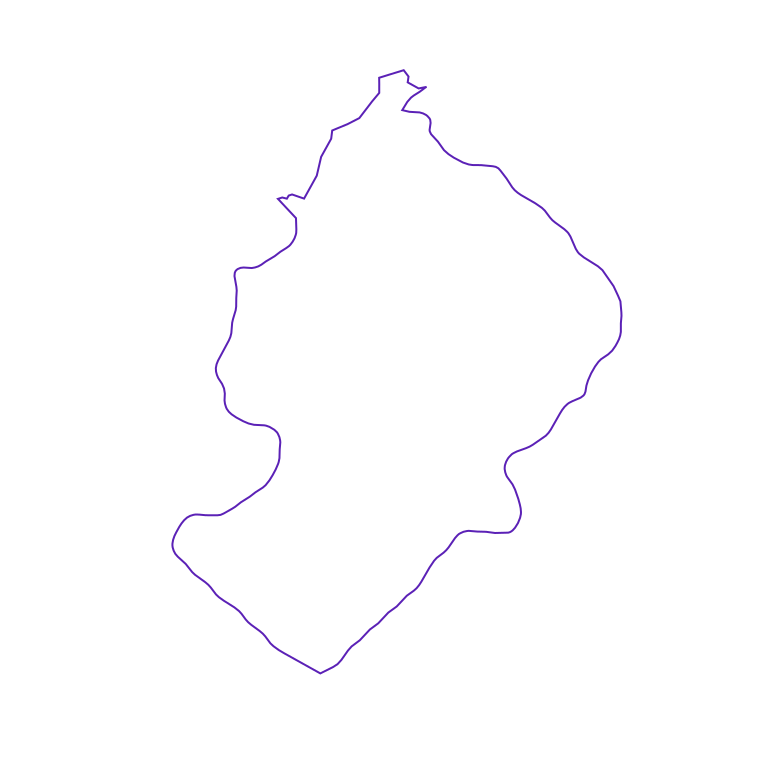 outline of La Descubierta, Independencia, Dominican Republic, rotated 29°
{"feature_id": "3306468B88446063992156", "entity_name": "La Descubierta", "entity_type": "district", "adm_level": 2, "iso_a3": "DOM", "parent_name": "Dominican Republic", "parent_adm1": "Independencia", "projection": "albers", "projection_center": [-71.745, 18.594], "detail": "fine", "context": "isolated", "style": "outline", "palette": "violet", "viewbox_px": 768, "rotation_deg": 29, "n_neighbors": 0, "source": "geoboundaries", "source_scale": "gbopen_adm2", "svg_char_len": 3669}
<svg xmlns="http://www.w3.org/2000/svg" viewBox="0 0 768 768"><g transform="rotate(29 384 384)"><path d="M468.6,668.0L476.7,656.2L479.2,651.5L480.5,646.0L481.7,634.7L482.9,629.2L487.1,619.8L490.7,605.5L495.0,596.1L498.6,581.8L503.0,572.4L506.6,558.1L510.3,550.3L511.5,546.8L512.2,542.9L512.5,538.9L512.8,522.4L513.5,514.3L514.4,510.5L517.9,502.6L519.0,499.2L519.7,495.6L520.8,484.4L521.6,480.8L522.2,479.0L523.1,477.5L525.2,474.7L527.8,472.4L529.2,471.4L537.2,467.8L544.9,463.8L553.3,460.5L564.7,453.8L565.9,452.6L566.8,451.2L567.5,449.6L568.3,446.2L568.6,440.7L567.9,435.1L566.8,431.4L565.9,429.6L563.8,426.5L561.2,423.5L557.1,419.3L549.8,412.8L545.1,409.5L537.0,405.7L535.5,404.8L532.9,402.5L530.7,399.8L529.9,398.2L529.2,396.5L528.5,392.8L528.5,389.0L528.8,387.2L529.8,383.5L530.7,381.8L532.9,378.6L539.3,371.3L541.7,368.2L543.6,365.0L550.6,350.8L551.6,346.9L552.0,342.9L552.2,324.4L552.4,320.3L553.0,316.3L554.2,312.5L555.0,310.8L557.1,307.7L562.6,300.6L564.0,297.5L564.3,295.9L563.9,293.0L561.8,287.2L560.7,281.9L560.0,274.2L560.1,266.4L560.8,260.7L561.8,257.1L565.7,249.4L567.4,244.2L568.0,238.5L568.0,234.7L567.8,230.8L567.1,227.1L565.9,223.6L561.7,216.0L558.7,209.3L556.9,206.3L550.7,197.1L546.0,193.4L537.3,187.1L519.8,178.5L513.9,177.3L497.5,176.4L491.5,175.4L489.6,174.7L486.2,172.8L475.5,164.6L472.1,162.7L470.4,162.1L466.7,161.2L455.5,159.8L451.8,159.1L448.4,157.9L440.6,154.4L436.8,153.4L428.7,152.6L412.2,152.3L408.2,151.9L404.3,151.1L400.8,149.8L391.6,144.9L382.4,140.9L379.5,139.9L376.5,139.9L373.6,140.8L362.8,145.5L355.2,149.6L351.7,150.9L345.7,152.0L335.3,152.2L329.0,151.7L323.1,150.4L313.7,145.9L304.1,142.7L301.6,140.9L300.7,139.7L298.2,133.1L296.4,130.6L295.2,129.7L292.1,128.6L290.4,128.3L287.0,128.4L283.5,129.2L274.3,133.6L267.2,135.6L267.6,126.0L268.8,120.4L270.2,117.2L273.5,111.2L276.5,104.5L277.2,103.5L271.0,108.7L266.0,108.7L258.5,108.7L256.4,103.2L249.1,100.0L238.1,111.4L236.2,113.4L231.3,118.5L234.5,124.1L235.7,126.3L238.7,131.7L238.3,133.8L236.6,142.6L233.5,163.4L226.2,174.3L218.4,184.1L215.8,187.4L216.9,190.1L218.9,195.1L218.9,211.1L218.9,215.8L224.2,234.4L224.2,236.1L224.2,260.6L211.7,262.8L209.3,265.4L209.2,269.0L204.6,270.2L201.5,273.5L226.6,281.6L232.4,291.3L234.0,294.5L234.5,296.3L235.1,300.0L235.1,303.8L234.6,307.5L234.1,309.3L232.6,312.5L229.3,318.5L226.4,325.2L221.2,334.2L218.9,339.1L217.0,342.1L214.7,344.6L212.1,346.7L204.7,350.2L202.2,352.0L200.3,354.4L199.7,355.8L199.4,357.4L199.6,359.1L200.9,362.1L207.8,370.6L209.9,373.7L213.1,380.4L217.2,388.0L218.5,391.4L220.5,400.5L221.5,404.0L225.8,413.5L226.8,417.3L227.2,421.3L227.5,443.9L228.0,447.9L229.2,451.6L231.1,454.6L233.5,457.1L236.2,459.2L242.3,462.4L246.3,465.5L249.4,469.5L252.5,475.7L254.5,478.4L257.0,480.8L258.4,481.9L261.7,483.5L265.4,484.4L271.1,484.9L278.9,484.8L284.7,484.2L290.1,482.7L299.3,478.2L301.1,477.6L304.7,477.0L310.3,477.2L314.0,478.2L315.5,479.1L318.3,481.2L320.6,483.8L321.6,485.3L324.5,491.8L328.5,499.5L329.7,503.2L330.1,505.2L330.7,511.3L330.8,517.6L330.5,523.8L329.5,529.9L328.2,533.4L324.1,541.0L321.2,547.7L316.2,556.8L313.4,563.5L311.7,566.6L306.5,575.1L304.5,577.7L301.9,579.6L291.7,585.2L285.3,588.0L282.2,589.7L280.8,590.8L278.4,593.3L276.5,596.3L275.2,600.1L274.5,604.1L274.2,608.2L274.2,614.4L274.4,618.5L275.1,622.5L276.4,626.3L277.3,627.9L278.4,629.4L280.9,631.8L283.8,633.7L287.3,635.0L297.8,637.5L307.4,641.5L311.3,642.5L323.7,644.0L327.7,644.8L331.2,646.0L339.1,649.5L343.0,650.5L349.1,651.2L361.4,651.9L367.4,652.9L370.9,654.1L377.2,657.0L380.7,658.2L384.7,659.0L395.0,660.3L399.0,661.1L402.5,662.3L410.4,665.9L414.4,666.9L420.8,667.7L427.3,667.9L468.6,668.0Z" fill="none" stroke="#5b21b6" stroke-width="2"/></g></svg>